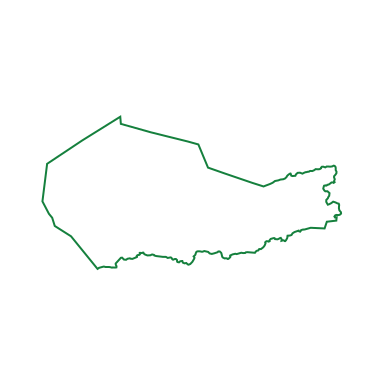 Pocahontas, West Virginia, United States of America (Equal Earth projection), rotated 55°
{"feature_id": "52423323B52249566061450", "entity_name": "Pocahontas", "entity_type": "district", "adm_level": 2, "iso_a3": "USA", "parent_name": "United States of America", "parent_adm1": "West Virginia", "projection": "equal_earth", "projection_center": [-79.805, 38.387], "detail": "fine", "context": "isolated", "style": "outline", "palette": "green", "viewbox_px": 384, "rotation_deg": 55, "n_neighbors": 0, "source": "geoboundaries", "source_scale": "gbopen_adm2", "svg_char_len": 3724}
<svg xmlns="http://www.w3.org/2000/svg" viewBox="0 0 384 384"><g transform="rotate(55 192 192)"><path d="M86.8,252.5L85.8,294.5L113.9,319.9L127.8,321.7L132.9,321.3L141.1,323.9L158.9,316.5L200.8,313.5L200.8,311.6L202.4,307.2L202.7,306.8L203.9,305.8L205.8,303.0L207.0,301.8L207.9,301.1L208.2,300.7L208.3,300.2L209.1,299.3L210.0,298.0L210.4,297.2L209.5,296.4L208.1,296.2L207.1,295.8L206.8,295.5L205.1,288.0L205.7,286.9L208.3,286.5L209.7,284.9L209.7,283.1L209.8,282.9L210.7,280.9L211.3,280.7L212.6,279.2L213.7,274.4L213.6,274.2L213.4,274.1L212.8,274.1L212.5,273.3L212.6,272.5L213.2,271.4L213.2,270.5L211.9,269.8L211.9,269.6L213.1,268.3L213.3,268.1L213.3,267.4L213.8,266.6L214.8,266.8L216.2,266.4L218.4,264.9L220.0,262.3L220.1,261.3L220.2,261.0L220.3,260.5L221.4,259.5L221.8,259.2L222.4,259.3L223.9,258.1L228.3,253.2L230.2,250.6L232.1,249.7L233.2,247.2L233.6,246.8L234.2,246.6L235.8,246.7L236.4,246.5L236.7,246.1L236.8,245.3L237.1,244.4L237.7,243.6L239.2,243.3L240.5,244.1L240.9,244.1L241.6,243.6L242.2,242.9L242.0,242.1L242.0,241.5L242.4,240.4L243.0,239.5L244.6,240.0L246.1,239.1L246.9,237.4L247.6,237.3L249.3,236.8L249.6,236.4L250.0,234.7L249.4,231.7L247.8,228.3L247.1,227.6L245.7,227.6L245.5,225.9L245.3,225.2L244.3,224.0L243.6,222.8L243.6,222.1L244.0,221.1L245.3,219.4L246.6,218.2L247.0,217.5L247.4,215.8L250.4,213.1L252.4,212.8L254.1,211.3L255.0,208.9L256.0,205.6L255.8,204.6L256.6,203.4L258.5,203.0L259.1,203.1L262.4,204.4L263.4,204.3L265.1,203.4L265.8,202.1L266.6,201.4L267.2,201.3L267.5,200.9L267.6,200.7L267.6,199.8L267.3,198.1L267.1,197.7L266.2,197.5L265.9,197.1L266.4,194.5L267.4,192.0L268.5,191.0L270.0,186.5L271.3,185.2L272.4,183.5L272.3,182.6L273.0,181.2L277.9,175.3L277.8,174.8L277.5,174.4L277.3,173.4L277.4,172.3L277.9,171.2L277.3,169.7L278.1,168.5L278.3,168.2L278.2,165.8L278.1,165.1L277.5,163.2L276.2,161.2L275.2,160.9L275.0,159.4L275.2,158.9L276.2,157.9L276.6,157.7L276.8,156.7L276.2,156.5L275.8,155.4L275.6,154.4L276.5,151.8L277.1,150.9L277.4,150.8L278.2,151.0L279.8,149.1L280.1,147.9L280.2,146.5L280.5,145.6L282.3,145.7L283.3,146.7L283.7,145.5L283.8,145.1L284.1,144.7L284.7,144.4L285.3,144.3L285.7,143.8L285.4,142.6L284.4,140.5L283.5,139.5L283.0,139.3L282.6,138.8L283.8,136.8L284.3,135.2L283.5,133.3L283.6,131.0L284.8,126.8L285.5,126.9L286.5,126.2L286.1,124.8L285.8,124.4L286.5,122.4L286.8,122.2L287.4,121.0L289.4,115.3L297.9,104.3L293.7,98.6L298.2,90.2L295.7,88.0L295.0,89.4L293.8,89.4L293.3,88.2L293.5,87.0L294.9,85.3L295.4,84.0L295.2,82.3L294.0,81.6L291.6,81.8L289.6,81.0L287.7,79.5L287.1,78.9L285.7,78.5L284.9,79.3L282.9,80.4L280.9,81.9L281.0,84.3L280.7,86.6L280.3,88.0L278.9,87.9L277.1,87.7L275.5,86.5L275.1,84.4L274.3,83.2L273.8,81.8L271.8,80.0L269.1,80.6L267.9,82.4L266.7,82.7L264.6,82.6L263.4,81.3L262.6,80.2L263.1,78.9L263.7,78.6L263.9,77.5L263.7,77.0L264.3,75.8L264.3,73.7L264.2,72.3L265.0,71.0L265.8,70.7L265.7,69.7L265.3,69.9L264.6,69.4L263.4,67.7L261.6,67.3L260.6,66.6L260.1,64.6L259.5,63.0L258.3,62.0L256.4,61.7L255.2,60.8L254.0,60.1L252.4,60.2L251.6,61.0L251.5,62.4L250.5,64.3L249.5,65.5L248.4,67.0L248.3,68.7L246.5,70.0L245.8,71.2L246.1,72.4L246.6,72.7L246.5,74.3L245.8,75.6L244.2,77.6L244.2,79.7L243.8,81.5L242.6,83.0L242.4,83.7L242.4,84.6L241.8,85.6L241.4,86.8L241.0,87.4L240.6,88.8L240.3,91.0L238.1,92.5L236.9,94.5L237.2,96.7L238.0,98.0L236.6,100.5L235.6,101.3L234.7,101.1L234.2,100.8L233.4,100.7L233.2,101.0L233.1,102.7L233.3,104.6L234.0,106.1L234.3,108.1L233.9,109.9L232.5,112.5L232.0,114.6L230.6,117.7L230.7,120.6L230.2,123.4L229.6,125.8L229.0,128.1L228.5,130.2L219.2,137.3L209.9,144.1L195.4,154.7L181.2,164.9L168.9,162.2L156.7,159.5L148.2,166.5L139.0,174.5L131.9,180.7L122.2,189.1L119.6,191.4L95.4,211.2L89.2,207.6L86.8,252.5Z" fill="none" stroke="#15803d" stroke-width="2"/></g></svg>